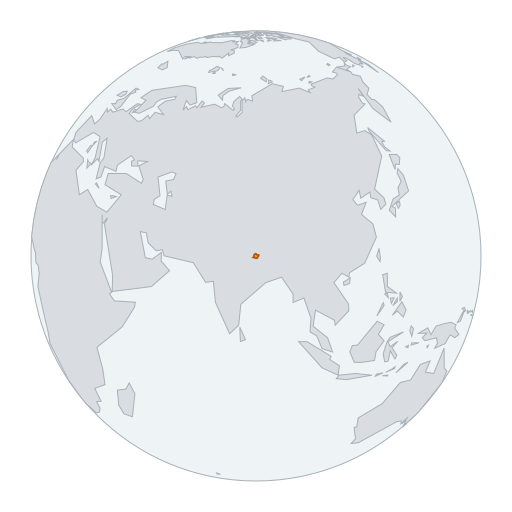 Gandaki on an orthographic globe
{"feature_id": "NPL-1095", "entity_name": "Gandaki", "entity_type": "District", "adm_level": 1, "iso_a3": "NPL", "parent_name": "Nepal", "parent_adm1": "", "projection": "orthographic", "projection_center": [84.335, 28.335], "detail": "fine", "context": "on_globe", "style": "filled", "palette": "amber", "viewbox_px": 512, "rotation_deg": 0, "n_neighbors": 0, "source": "natural_earth", "source_scale": "10m", "svg_char_len": 11701}
<svg xmlns="http://www.w3.org/2000/svg" viewBox="0 0 512 512"><circle cx="256" cy="256" r="225" fill="#eef3f6" stroke="#a8b0b8"/><path d="M330.3,43.3L329.9,43.4L341.7,50.3L351.8,55.1L344.6,52.6L368.0,64.3L378.5,72.6L362.7,61.8L358.1,59.7L363.3,64.3L359.6,63.3L360.0,65.1L355.2,63.7L346.3,58.2L343.0,57.4L346.9,60.8L344.5,62.0L339.3,57.1L334.6,58.9L318.9,51.5L309.0,41.9L296.4,39.0L275.8,32.9L273.8,33.3L264.6,32.2L258.9,32.4L256.7,31.8L254.0,32.6L257.1,33.2L256.9,33.8L253.8,34.2L250.5,33.3L251.6,33.0L249.0,33.0L248.6,32.5L247.0,32.9L243.4,32.2L242.4,33.6L235.6,33.6L234.4,33.0L240.6,32.2L251.7,30.8L267.7,31.0L283.6,32.4L299.4,34.9L315.0,38.6L330.3,43.3ZM221.3,33.4L224.4,33.0L217.3,34.3L208.1,36.0L204.4,36.7L221.3,33.4ZM200.0,37.8L198.4,38.4L188.8,41.0L200.0,37.8ZM359.9,59.2L356.7,56.9L361.0,59.6L359.9,59.2ZM360.9,65.7L363.0,66.8L362.3,67.3L360.9,65.7ZM228.1,32.5L226.3,32.8L226.5,32.7L228.1,32.5ZM231.5,32.2L233.1,31.9L234.9,31.8L233.9,31.9L231.5,32.2ZM354.3,65.9L352.6,66.7L352.8,64.8L354.3,65.9ZM229.2,32.6L238.0,31.5L241.3,31.4L240.3,31.9L229.2,32.6ZM350.6,66.6L346.6,69.4L350.8,71.9L336.5,67.1L344.7,66.0L344.3,63.1L347.2,65.6L350.6,66.6ZM259.4,33.2L256.0,32.6L261.7,32.9L259.4,33.2ZM263.1,33.3L281.0,34.2L284.5,35.7L277.8,34.8L284.7,36.9L277.6,37.1L272.3,36.0L271.4,34.9L269.3,36.0L263.1,33.3ZM329.2,64.4L326.9,64.5L327.6,63.4L329.2,64.4ZM257.3,34.1L260.6,34.0L263.9,35.2L257.9,35.7L258.7,35.1L257.3,34.1ZM290.0,37.6L291.3,38.8L286.0,39.2L285.8,39.9L277.8,37.3L290.0,37.6ZM256.4,35.1L254.8,36.0L250.4,35.9L254.3,34.4L256.4,35.1ZM267.3,35.4L268.5,36.1L265.9,35.8L267.3,35.4ZM233.9,36.8L237.8,36.2L239.8,36.7L233.9,36.8ZM254.4,36.4L255.9,36.5L257.2,36.7L255.2,37.4L254.4,36.4ZM274.5,38.0L272.0,38.0L277.6,39.0L273.8,39.7L269.1,38.0L269.5,39.0L268.4,39.2L265.8,37.6L274.5,38.0ZM256.9,38.9L249.7,37.5L242.0,38.3L240.0,37.8L252.7,36.7L256.9,38.9ZM262.4,38.2L258.6,38.5L258.0,37.5L260.2,36.8L262.4,38.2ZM272.9,40.9L279.9,40.2L280.7,40.7L272.9,40.9ZM254.8,39.3L256.6,39.6L254.4,39.4L254.8,39.3ZM267.5,40.5L269.9,40.1L270.7,40.6L267.5,40.5ZM258.3,40.8L255.9,40.3L257.4,39.7L258.3,40.8ZM262.6,40.8L263.1,41.6L259.3,39.8L263.5,40.5L262.6,40.8ZM267.9,41.0L269.1,41.2L266.8,41.1L267.9,41.0ZM254.1,43.8L248.9,41.6L252.1,40.1L256.7,42.4L254.1,43.8ZM46.6,173.0L51.0,162.6L73.2,139.7L72.2,147.1L83.2,158.0L83.5,161.6L76.0,170.2L79.3,194.7L87.7,189.5L96.8,206.3L106.8,212.2L121.3,194.8L105.0,184.7L108.2,173.5L126.3,173.5L141.5,183.3L143.2,179.3L138.8,165.9L147.5,161.5L137.8,160.8L137.9,166.0L131.8,166.0L131.4,161.4L134.5,159.8L131.4,155.6L117.4,165.1L116.0,171.4L104.6,166.5L101.1,176.8L96.1,178.9L100.3,162.5L103.9,158.0L107.2,138.1L102.3,142.1L98.9,161.5L97.6,158.6L91.1,165.2L95.1,157.9L100.1,136.6L93.4,132.5L75.7,142.8L73.6,140.0L76.1,132.2L91.7,115.6L94.5,123.9L100.0,119.1L107.3,108.4L107.5,112.1L110.8,109.1L112.7,112.2L122.9,109.0L125.9,111.7L137.4,103.7L140.5,104.3L132.8,108.7L129.1,113.5L137.5,121.3L141.3,120.8L148.1,115.3L149.6,118.6L155.1,112.3L163.6,114.7L157.8,106.8L165.6,101.1L174.8,99.3L176.3,96.3L161.4,99.3L156.4,101.9L153.7,106.2L139.1,113.3L134.6,112.2L146.0,100.2L140.9,97.7L152.0,90.3L185.5,85.4L195.6,87.5L196.8,102.7L190.1,105.1L186.4,100.6L183.0,110.0L186.6,106.6L187.8,109.7L195.6,105.8L196.8,107.8L202.1,101.0L204.5,103.0L201.1,107.3L214.6,104.2L221.6,107.8L224.0,106.3L224.7,103.6L233.1,110.4L234.5,109.0L232.4,106.1L233.8,101.6L239.7,96.5L242.2,99.2L240.5,101.3L240.7,110.3L235.6,116.2L237.2,116.9L242.2,112.4L242.0,101.4L244.8,97.7L245.9,102.6L245.7,100.5L247.9,99.5L252.5,101.1L251.8,95.8L272.4,83.7L283.4,86.4L282.0,91.6L299.2,88.1L310.2,92.8L308.1,89.9L315.0,87.2L311.6,85.6L311.2,84.1L327.2,77.9L333.0,79.0L337.6,74.5L336.5,73.2L332.5,72.0L336.5,67.1L350.8,71.9L352.5,74.4L360.3,76.2L363.0,82.1L368.8,88.2L367.1,94.6L371.8,99.4L374.4,99.6L382.7,106.9L391.1,122.2L373.1,108.7L358.3,88.5L363.4,96.3L358.9,94.4L358.7,97.3L362.5,103.2L365.1,103.9L354.1,115.2L356.8,133.1L364.7,130.6L371.8,134.9L381.7,156.2L374.6,189.1L383.9,197.7L385.8,204.2L380.8,209.4L377.8,200.0L370.8,197.7L369.9,192.0L360.8,198.2L359.1,190.3L352.9,199.6L357.5,205.3L366.2,202.3L361.5,214.5L372.9,223.9L376.4,237.1L364.7,263.2L349.4,272.8L349.0,277.1L341.8,273.3L333.9,282.6L348.6,304.2L348.8,310.9L335.2,325.2L334.6,320.3L315.5,310.1L313.1,326.2L327.6,337.8L332.6,352.0L322.0,348.6L316.8,335.9L310.0,331.9L311.0,318.2L303.9,298.0L293.1,302.5L293.1,294.1L281.6,277.1L265.7,282.7L240.8,304.3L238.7,325.2L229.6,333.7L215.4,302.3L213.4,281.3L205.6,282.3L193.3,262.7L164.1,255.8L162.4,249.7L156.3,250.8L148.1,242.8L146.4,232.9L140.3,231.5L145.3,257.6L152.2,259.2L161.3,252.4L161.2,261.1L169.5,270.7L151.5,286.5L112.2,291.5L112.6,275.2L104.4,223.8L107.0,219.5L107.1,218.9L107.3,217.8L102.2,224.3L102.2,214.5L102.1,248.7L100.2,262.0L111.6,292.3L109.5,293.9L114.4,300.9L135.3,302.2L134.5,307.2L122.1,327.0L96.9,347.3L102.7,368.8L105.0,384.6L94.7,388.4L101.1,401.2L96.6,401.7L100.0,408.1L99.5,412.0L96.6,413.0L85.7,403.3L80.7,396.9L68.6,380.2L50.0,343.4L48.1,331.9L45.2,319.8L37.9,286.5L39.2,273.8L38.3,265.6L35.9,262.6L35.5,252.8L34.4,249.8L31.6,236.6L31.6,236.3L33.6,220.1L36.8,204.1L41.1,188.4L46.6,173.0ZM58.9,155.4L56.8,159.0L56.7,159.0L58.9,155.4ZM153.3,204.4L165.2,209.6L167.2,195.2L172.0,196.3L170.9,191.3L167.3,194.2L165.8,181.0L173.6,179.5L176.0,173.8L172.1,171.9L158.0,177.0L160.0,195.6L154.1,199.6L153.3,204.4ZM127.3,91.3L125.4,94.5L120.9,96.9L117.1,95.2L123.5,91.4L127.3,91.3ZM123.7,98.6L136.0,88.1L138.9,89.3L135.2,90.3L135.8,92.1L130.1,94.3L120.7,106.5L116.2,109.6L111.7,103.6L115.6,103.6L117.3,100.2L123.7,98.6ZM162.5,64.4L167.9,61.3L167.1,67.7L162.2,69.9L158.0,67.8L161.5,64.0L162.5,64.4ZM225.8,34.4L227.9,33.9L228.8,34.0L227.8,34.6L225.8,34.4ZM235.5,36.4L217.6,37.3L219.1,36.6L206.7,38.8L205.9,37.9L213.9,36.4L204.0,37.7L210.9,36.0L203.8,37.2L221.7,34.0L227.5,33.0L221.4,34.4L222.0,35.1L224.0,35.1L234.0,34.7L246.8,33.6L249.5,34.7L247.9,35.8L245.3,36.2L244.4,35.2L241.4,36.5L238.1,35.5L235.5,36.4ZM228.5,55.8L228.6,53.1L222.1,58.2L218.8,56.1L218.2,56.8L213.4,56.5L206.5,57.5L205.9,56.3L203.5,57.2L200.3,57.2L196.8,58.3L194.4,56.6L190.0,57.9L191.4,56.4L184.3,59.1L188.5,56.5L184.7,56.6L182.7,59.1L178.6,50.7L173.6,50.2L167.2,51.5L175.2,47.6L186.4,44.2L197.9,42.3L201.5,43.7L204.5,42.0L207.1,42.3L203.7,43.5L210.6,41.9L211.8,42.6L222.0,42.7L231.2,40.6L235.2,40.9L232.2,42.0L238.2,41.5L235.3,44.0L238.1,44.4L237.9,47.5L230.6,50.1L234.2,50.3L234.3,53.1L228.5,55.8ZM253.7,44.7L245.7,47.5L239.9,48.0L242.6,42.4L240.5,41.7L242.0,38.8L250.3,38.3L249.1,39.2L249.9,39.9L247.0,39.7L249.9,40.4L248.4,41.7L250.2,42.7L247.1,43.3L253.7,44.7ZM87.7,159.9L88.6,161.8L91.0,163.6L86.9,168.1L87.7,159.9ZM90.8,145.3L92.2,146.0L87.6,152.7L86.6,150.9L90.8,145.3ZM96.9,141.1L92.6,145.5L94.4,142.1L96.9,141.1ZM134.6,109.2L136.6,109.9L135.2,111.4L132.3,112.8L134.6,109.2ZM208.6,72.4L209.6,70.3L211.1,70.1L217.1,66.3L220.1,67.8L217.6,70.7L208.6,72.4ZM116.3,196.5L111.1,198.5L110.6,195.7L112.5,195.6L116.3,196.5ZM96.6,182.9L99.2,188.4L95.4,184.0L96.6,182.9ZM212.8,73.4L215.0,71.6L215.1,73.5L212.8,73.4ZM222.6,68.8L223.4,70.8L221.1,67.6L222.6,68.8ZM216.5,472.9L220.6,474.3L216.9,473.9L216.5,472.9ZM134.9,393.8L132.4,416.8L123.9,413.7L118.8,405.2L117.3,390.2L125.9,389.0L129.2,382.9L134.9,393.8ZM382.3,375.7L387.8,375.0L387.5,376.0L382.3,375.7ZM376.5,374.1L383.1,372.8L375.2,376.3L376.5,374.1ZM385.6,372.3L392.2,368.9L395.1,366.7L394.4,368.6L385.6,372.3ZM372.0,375.2L346.6,379.6L336.3,378.7L338.9,375.2L355.6,373.5L372.0,375.2ZM338.1,375.2L322.0,367.8L298.6,341.6L307.0,341.6L331.2,356.4L329.7,359.5L339.4,365.7L338.1,375.2ZM376.1,351.6L374.5,360.5L360.6,362.5L354.2,362.2L349.8,351.8L352.3,345.6L357.6,345.0L377.1,321.3L384.1,324.7L378.4,334.4L384.1,340.8L376.1,351.6ZM239.8,327.2L245.5,339.7L240.4,341.5L239.8,327.2ZM384.1,305.4L376.9,316.0L383.2,302.6L384.1,305.4ZM387.4,293.2L388.3,297.6L384.7,294.0L387.4,293.2ZM349.6,283.5L344.0,285.5L343.4,282.2L350.3,277.8L349.6,283.5ZM379.0,248.3L380.5,258.1L380.0,261.6L376.7,256.3L379.0,248.3ZM241.1,87.8L229.4,91.1L223.0,95.4L222.5,100.3L218.2,95.1L228.1,88.5L241.1,87.8ZM268.3,83.7L268.7,80.0L271.8,81.1L272.2,82.1L268.3,83.7ZM266.2,81.8L260.5,78.3L262.9,76.0L266.9,79.1L266.2,81.8ZM236.3,74.8L232.6,75.6L232.6,73.9L236.3,74.8ZM402.4,427.2L404.5,425.3L406.9,423.3L402.4,427.2ZM418.9,411.6L410.5,419.9L411.0,419.1L406.9,422.8L403.7,424.9L406.2,420.0L401.9,423.6L408.0,417.1L400.9,423.8L401.2,420.8L396.5,421.8L358.3,442.7L351.1,443.5L355.5,438.8L354.1,427.3L356.7,427.0L358.2,417.9L382.2,403.7L400.3,382.5L410.7,379.9L420.3,364.4L430.1,360.9L425.5,372.1L433.7,373.5L444.1,348.1L444.2,367.8L446.8,371.2L441.8,382.9L419.2,411.3L418.9,411.6ZM471.9,316.2L472.5,314.3L472.5,315.0L471.9,316.2ZM395.9,372.9L404.0,364.2L408.0,362.3L395.9,372.9ZM471.8,314.6L470.8,315.9L471.1,314.5L471.8,314.6ZM472.4,311.5L472.5,309.8L472.5,313.1L472.4,311.5ZM470.8,310.5L471.8,311.8L470.6,311.1L470.8,310.5ZM469.9,312.0L468.9,311.9L469.1,311.2L469.9,312.0ZM454.7,328.0L458.9,334.6L454.6,337.7L450.2,334.7L445.1,343.6L434.6,348.3L437.5,343.1L436.5,337.8L424.7,340.7L422.3,337.7L426.8,333.2L418.5,333.3L427.7,327.9L431.1,334.6L436.1,326.1L444.0,323.7L451.1,322.3L456.1,324.8L454.7,328.0ZM427.0,345.9L428.5,345.2L427.0,348.2L427.0,345.9ZM467.1,309.9L468.5,312.0L468.2,313.2L467.4,313.4L467.1,309.9ZM457.4,322.5L463.1,311.7L464.3,310.8L460.4,321.2L457.4,322.5ZM462.1,308.4L464.4,307.4L465.4,310.1L464.9,311.5L462.1,308.4ZM408.4,345.3L408.0,347.7L405.5,346.8L408.4,345.3ZM411.7,342.9L419.0,342.8L411.0,345.1L411.7,342.9ZM387.9,341.8L390.3,346.7L397.8,341.2L392.0,347.7L396.8,355.2L394.9,359.0L390.3,350.8L388.1,361.1L384.7,361.8L383.2,353.8L386.8,342.5L390.1,337.3L403.5,331.9L387.9,341.8ZM411.8,336.3L409.8,330.6L411.2,325.9L413.5,328.5L411.8,336.3ZM403.3,317.0L397.3,311.0L392.3,315.2L401.9,301.8L406.1,309.8L403.3,317.0ZM397.4,301.6L392.8,305.5L397.3,298.0L397.4,301.6ZM391.4,303.3L390.3,298.1L394.2,297.8L391.4,303.3ZM399.9,301.2L400.0,291.9L402.4,296.7L399.9,301.2ZM387.4,286.5L396.6,293.2L385.5,292.2L382.7,274.7L387.3,273.2L387.4,286.5ZM398.4,208.3L396.0,203.5L399.5,201.2L400.1,205.1L398.4,208.3ZM408.6,190.9L399.6,199.1L392.0,206.4L395.4,207.9L395.7,217.0L389.3,210.3L393.0,199.0L399.2,195.1L398.0,187.7L401.2,181.4L397.1,173.0L397.8,168.6L403.4,175.2L408.6,190.9ZM395.1,169.6L389.2,154.5L396.8,154.4L399.8,157.6L399.3,164.4L395.3,164.1L395.1,169.6ZM390.0,151.0L386.2,150.7L369.4,131.5L367.7,127.6L384.5,141.2L381.7,141.7L384.5,146.7L390.0,151.0ZM328.8,65.8L327.1,64.6L329.6,65.2L328.8,65.8ZM309.2,83.3L309.0,81.4L311.9,81.9L309.2,83.3ZM310.0,76.6L306.8,77.3L309.1,75.4L310.0,76.6ZM299.8,79.2L305.0,77.0L301.6,80.7L299.8,79.2Z" fill="#d9dde1" stroke="#a8b0b8" stroke-width="1"/><path d="M255.6,253.7L255.7,253.8L255.8,253.9L256.1,253.9L256.1,254.0L256.3,254.1L256.4,254.4L256.5,254.5L256.9,254.6L257.0,254.6L257.2,254.8L257.2,255.0L257.4,255.0L257.5,255.0L257.9,255.2L258.0,255.2L258.3,255.0L258.3,254.9L258.5,254.8L258.9,255.0L258.8,255.3L258.7,255.3L258.7,255.5L258.6,255.8L258.6,256.0L258.4,256.2L258.4,256.3L258.2,256.4L258.1,256.5L258.1,256.8L257.9,256.9L257.8,257.0L257.7,257.0L257.5,257.4L257.4,257.5L257.4,257.8L257.4,258.0L257.2,258.1L257.1,257.9L256.9,257.8L256.6,258.0L256.4,258.0L256.5,258.3L256.4,258.3L256.2,258.2L256.0,258.3L255.9,258.2L255.8,257.9L255.6,257.9L255.3,257.9L255.2,257.9L255.0,257.7L254.9,257.7L254.7,257.8L254.4,257.8L254.2,257.8L254.1,257.7L253.9,257.6L253.7,257.6L253.4,257.6L253.2,257.6L252.9,257.5L253.0,257.4L253.1,257.5L253.3,257.4L253.6,257.2L253.8,256.9L253.9,256.7L254.0,256.6L254.1,256.4L254.0,256.2L253.9,256.1L253.9,255.9L253.8,255.7L254.0,255.4L254.1,255.2L254.3,254.9L254.1,254.6L254.3,254.4L254.5,254.2L254.8,254.1L255.0,254.0L255.1,253.9L255.3,253.8L255.5,253.8L255.6,253.7L255.6,253.7Z" fill="#f59e0b" stroke="#b45309" stroke-width="1.5"/></svg>